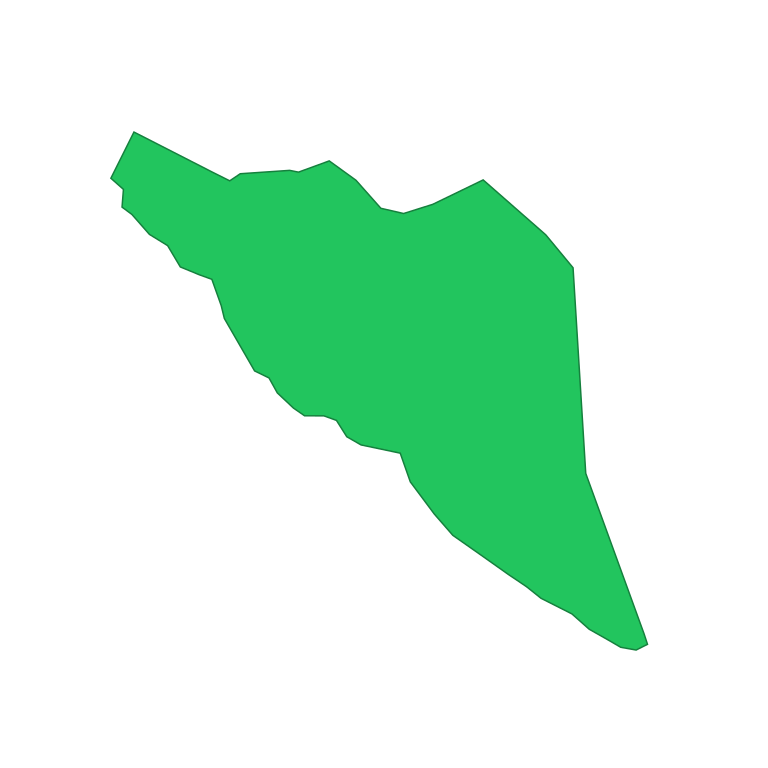 the district of Yakkasaray, Tashkent, Uzbekistan, rotated 280°
{"feature_id": "79887680B84205310122057", "entity_name": "Yakkasaray", "entity_type": "district", "adm_level": 2, "iso_a3": "UZB", "parent_name": "Uzbekistan", "parent_adm1": "Tashkent", "projection": "mercator", "projection_center": [69.216, 41.248], "detail": "fine", "context": "isolated", "style": "filled", "palette": "green", "viewbox_px": 768, "rotation_deg": 280, "n_neighbors": 0, "source": "geoboundaries", "source_scale": "gbopen_adm2", "svg_char_len": 779}
<svg xmlns="http://www.w3.org/2000/svg" viewBox="0 0 768 768"><g transform="rotate(280 384 384)"><path d="M531.3,550.0L559.0,517.4L602.2,446.2L569.4,400.8L555.3,373.7L556.5,350.4L579.8,321.0L594.2,291.3L577.8,263.0L578.0,254.0L566.1,205.9L557.3,196.8L562.9,178.0L588.7,94.0L539.2,79.3L530.4,93.6L512.7,95.3L507.2,106.3L490.6,127.0L482.7,146.9L463.9,163.1L459.5,183.1L457.2,196.3L432.9,210.1L420.8,215.4L374.4,254.3L370.0,269.7L356.7,280.5L344.5,299.1L338.9,311.3L342.2,330.3L339.9,343.5L325.6,356.5L320.0,372.0L318.7,412.0L292.2,426.9L264.6,456.2L246.9,478.1L232.5,508.9L218.0,539.6L209.2,559.4L200.2,575.9L190.2,609.0L178.1,628.7L170.3,650.7L165.8,662.9L165.8,678.5L173.4,688.7L183.3,683.4L331.0,598.2L531.3,550.0Z" fill="#22c55e" stroke="#15803d" stroke-width="1.5"/></g></svg>